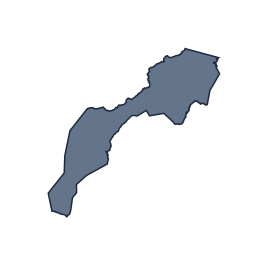 outline of Copan Ruinas, Copán, Honduras, rotated 42°
{"feature_id": "27666195B42868938000768", "entity_name": "Copan Ruinas", "entity_type": "district", "adm_level": 2, "iso_a3": "HND", "parent_name": "Honduras", "parent_adm1": "Copán", "projection": "equal_earth", "projection_center": [-89.106, 14.903], "detail": "fine", "context": "isolated", "style": "filled", "palette": "slate", "viewbox_px": 256, "rotation_deg": 42, "n_neighbors": 0, "source": "geoboundaries", "source_scale": "gbopen_adm2", "svg_char_len": 5602}
<svg xmlns="http://www.w3.org/2000/svg" viewBox="0 0 256 256"><g transform="rotate(42 128 128)"><path d="M136.7,168.6L133.7,163.6L133.3,163.7L132.6,163.6L132.3,163.1L131.9,162.8L131.7,162.1L131.4,162.2L130.7,161.0L130.6,160.9L130.3,161.1L129.9,161.4L129.6,161.2L129.4,161.0L129.3,160.9L128.9,160.6L129.0,160.2L128.2,160.4L127.6,160.4L127.8,159.8L128.2,159.4L128.4,159.1L128.7,158.0L129.4,156.9L128.8,156.1L128.3,155.3L127.7,153.2L127.5,152.7L127.2,152.5L126.7,152.4L126.5,152.2L126.0,151.4L125.0,151.1L124.1,150.7L123.7,150.3L123.5,149.9L123.3,149.3L122.8,147.2L122.8,146.6L122.4,145.2L122.4,144.5L122.4,143.8L122.0,142.8L122.0,142.1L122.2,141.4L122.4,140.3L122.2,139.2L122.2,138.8L122.4,138.3L123.0,137.0L122.9,136.6L122.4,135.7L122.1,135.1L121.8,133.9L121.7,133.0L121.8,132.3L121.7,131.2L121.6,130.3L121.4,129.5L121.3,128.9L121.8,128.0L121.9,127.4L122.0,126.4L122.1,125.7L122.3,125.3L122.4,124.8L122.2,123.8L122.1,123.1L122.2,121.1L122.4,117.2L122.7,116.2L123.1,115.5L124.5,114.3L125.7,113.6L126.8,112.9L129.8,102.8L135.9,104.5L144.9,93.1L157.2,93.3L160.4,93.8L160.7,93.1L161.2,92.9L161.8,92.2L162.4,91.8L162.7,91.3L163.2,91.2L163.3,90.9L163.5,90.8L163.8,90.9L164.1,90.4L164.8,89.6L165.1,89.2L165.3,87.5L164.9,86.4L164.5,85.7L164.6,85.4L164.5,85.2L164.4,85.1L164.1,85.0L164.0,84.8L164.0,84.2L163.7,83.1L163.7,82.4L163.8,82.0L163.8,81.7L163.7,81.6L163.4,81.5L163.3,81.3L163.4,81.0L163.3,80.7L163.1,80.6L162.8,80.7L162.6,80.6L162.5,79.9L162.2,79.2L161.9,77.6L161.7,77.6L161.6,77.8L161.7,78.1L161.2,77.9L160.9,77.4L160.9,76.9L161.2,76.5L161.4,76.5L161.6,76.9L161.8,76.8L161.8,76.1L161.6,75.2L161.6,74.5L161.5,73.9L161.4,73.7L160.9,73.7L160.5,73.4L160.3,71.9L159.9,71.8L159.4,71.5L159.4,71.3L159.6,71.3L159.7,71.2L159.7,70.5L158.8,69.5L159.0,68.1L159.2,67.7L159.1,67.2L159.3,66.7L159.3,66.4L159.3,65.3L159.4,64.7L159.7,64.3L159.8,64.1L159.6,63.7L159.6,63.4L159.7,63.2L159.8,63.3L159.8,63.5L161.5,61.7L162.0,62.0L162.7,62.1L162.8,62.1L162.9,61.8L163.0,61.7L163.5,61.8L163.9,61.8L164.8,61.6L165.2,61.6L165.8,61.8L165.9,61.7L165.9,61.4L165.8,61.1L165.8,60.9L166.2,60.7L166.6,60.6L166.9,59.7L167.4,59.6L168.1,59.2L168.7,59.1L169.3,58.9L169.8,59.2L170.2,59.2L170.3,58.8L170.4,58.5L170.7,58.1L171.1,57.9L171.2,57.5L163.8,45.4L159.8,26.5L152.6,23.8L152.8,22.8L152.8,22.6L152.7,22.4L152.3,22.4L152.3,22.5L152.3,22.9L152.1,23.0L151.8,22.6L151.4,22.7L151.0,22.5L150.8,22.1L151.0,21.9L151.0,21.7L150.9,21.5L150.7,21.4L150.5,21.5L150.3,21.7L150.2,21.8L149.9,21.7L149.7,21.7L149.4,22.1L149.2,22.1L149.1,21.9L148.3,22.3L147.9,22.4L147.8,22.2L147.8,21.9L147.9,21.5L148.1,21.3L148.4,21.4L148.5,21.4L148.6,21.2L148.7,20.8L149.5,19.9L149.6,19.7L149.4,18.9L149.0,18.0L148.7,16.7L148.3,17.0L148.0,17.6L147.7,17.6L147.5,17.0L147.5,16.2L147.6,15.8L147.9,15.3L117.3,30.8L117.7,31.6L117.9,32.3L117.9,32.6L117.9,32.9L117.4,34.3L117.2,34.7L117.1,35.4L117.2,35.7L117.6,35.8L117.8,36.0L117.9,36.4L117.8,36.8L117.3,37.6L117.4,37.9L117.6,38.2L116.8,40.4L116.4,40.8L115.3,42.0L114.8,43.4L114.6,43.7L114.4,43.9L114.1,44.6L113.5,45.6L113.1,46.5L112.5,47.3L112.3,47.5L110.9,47.9L110.5,48.2L109.0,47.9L108.2,49.2L107.9,49.7L107.9,50.0L108.2,50.2L108.5,50.6L108.1,52.4L108.4,52.6L108.8,53.1L108.8,53.3L108.8,53.5L109.1,53.7L110.1,54.0L110.4,54.2L110.4,54.5L109.6,55.8L109.1,55.8L108.8,55.9L108.6,56.1L108.5,56.4L108.4,57.7L107.8,58.5L107.7,59.3L107.5,59.5L107.4,59.7L107.3,60.5L107.1,60.6L106.8,60.7L106.6,60.8L106.4,61.7L106.4,62.3L106.2,63.6L106.2,64.3L106.2,64.9L105.8,65.6L105.7,66.0L105.6,66.5L104.7,67.6L104.6,67.9L104.2,68.1L104.2,68.4L104.2,69.0L104.0,69.9L104.5,70.8L106.2,71.4L106.0,72.3L106.3,72.8L106.3,73.5L106.1,74.1L106.1,74.6L106.6,75.1L106.9,75.1L107.0,75.5L107.6,75.5L107.7,75.8L108.1,75.7L108.4,75.8L108.8,75.7L109.3,76.1L109.4,76.5L109.9,76.7L109.9,77.2L109.7,77.7L109.7,78.0L110.4,78.3L110.6,78.9L111.2,79.1L111.7,78.8L112.3,79.9L112.7,79.5L113.0,79.7L113.7,79.7L114.0,80.7L115.6,81.3L115.9,81.8L116.1,82.7L116.4,83.2L115.9,83.8L115.8,84.5L115.4,84.7L114.9,85.8L114.7,87.1L113.7,86.9L113.0,88.8L113.1,90.1L113.5,90.5L113.9,90.5L113.6,91.5L113.4,93.0L113.5,94.1L112.8,94.7L112.9,95.2L112.7,95.6L112.7,96.5L113.2,97.3L112.5,98.5L112.6,100.4L112.3,101.0L112.0,101.6L111.8,103.1L111.8,104.4L110.6,104.8L110.0,104.8L109.5,105.4L109.1,105.3L108.8,105.7L108.4,105.6L108.1,106.1L107.9,108.0L108.3,108.9L108.6,109.4L109.2,109.9L109.6,110.4L109.5,110.6L109.4,110.7L109.3,110.8L109.3,111.3L109.5,112.1L109.2,112.8L109.0,113.9L108.8,114.3L107.8,114.8L107.3,116.1L106.9,116.4L106.3,116.6L106.0,117.0L105.9,117.5L106.2,117.9L106.0,119.1L106.6,120.1L105.3,120.8L105.3,122.3L105.6,123.0L105.4,123.7L104.9,124.3L104.2,126.3L103.8,126.5L102.9,127.8L101.9,128.4L101.1,128.4L100.4,129.4L98.9,129.4L98.2,129.1L98.0,129.4L97.2,129.2L96.6,129.4L96.0,129.0L95.7,129.0L94.9,129.9L94.3,131.5L93.7,131.8L92.9,133.4L92.4,134.0L92.2,134.5L91.6,134.7L90.4,136.1L89.0,136.6L88.4,136.3L88.1,136.8L86.4,138.2L85.8,139.2L85.5,140.2L84.8,140.7L86.7,168.9L99.6,190.9L110.7,204.1L112.3,229.8L127.2,240.7L127.8,240.2L128.1,239.6L128.3,239.5L128.7,239.4L129.2,239.2L129.5,239.3L129.7,239.0L130.0,239.0L130.1,238.7L130.6,238.7L131.1,238.5L131.6,238.5L132.0,238.1L132.6,238.0L133.8,237.1L134.1,237.2L134.6,237.0L135.0,237.2L135.4,236.9L135.9,236.8L136.1,236.4L137.1,236.1L137.2,235.9L137.3,235.7L138.2,235.3L138.9,235.0L139.5,234.6L139.8,234.5L140.1,234.8L140.8,234.8L141.1,235.0L141.5,234.7L141.9,234.9L142.1,234.6L141.9,234.3L141.9,234.1L141.7,233.9L141.7,233.5L141.8,232.7L142.1,232.0L142.1,231.5L142.0,230.9L141.7,229.9L140.4,227.3L133.3,216.8L133.1,210.5L127.5,204.5L128.9,191.1L136.7,168.6Z" fill="#64748b" stroke="#1e293b" stroke-width="1.5"/></g></svg>